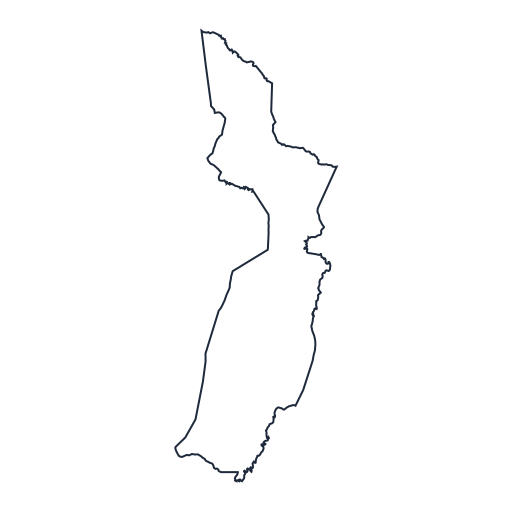 El Negrito, Yoro, Honduras (Robinson projection)
{"feature_id": "27666195B11241379941292", "entity_name": "El Negrito", "entity_type": "district", "adm_level": 2, "iso_a3": "HND", "parent_name": "Honduras", "parent_adm1": "Yoro", "projection": "robinson", "projection_center": [-87.687, 15.452], "detail": "fine", "context": "isolated", "style": "outline", "palette": "slate", "viewbox_px": 512, "rotation_deg": 0, "n_neighbors": 0, "source": "geoboundaries", "source_scale": "gbopen_adm2", "svg_char_len": 6050}
<svg xmlns="http://www.w3.org/2000/svg" viewBox="0 0 512 512"><path d="M201.5,30.7L205.7,64.7L210.9,103.3L211.0,106.0L214.2,109.5L214.8,112.9L218.7,112.3L219.8,112.6L221.5,113.8L224.0,116.9L224.8,117.5L225.3,118.9L224.6,123.2L222.6,130.2L222.0,134.6L219.3,136.5L218.9,137.1L218.7,137.8L218.3,138.1L217.2,139.3L215.3,143.9L214.7,146.3L213.7,148.5L213.1,151.3L212.4,153.4L210.3,154.8L207.4,158.1L208.3,160.8L210.3,163.4L210.9,163.9L212.5,164.5L214.1,165.4L218.8,169.7L219.4,170.6L221.0,172.1L221.0,172.6L218.9,176.7L218.8,178.1L219.2,179.8L219.4,180.2L221.0,180.7L222.8,180.8L224.5,180.4L225.6,182.2L226.5,181.7L226.8,181.8L226.7,183.5L227.3,182.9L228.5,183.8L229.0,183.9L229.2,183.7L229.1,183.4L229.2,183.1L230.0,182.9L230.2,183.1L229.6,184.1L229.8,184.5L232.0,183.8L235.0,185.7L239.5,187.0L240.3,188.3L241.7,187.8L242.6,188.3L244.1,188.5L243.6,187.6L243.8,187.1L244.5,187.5L244.8,188.7L245.5,187.9L245.3,187.1L245.6,186.8L247.8,188.0L248.0,189.5L248.5,190.1L248.8,190.0L248.6,189.0L248.8,188.8L250.8,189.4L252.3,189.2L252.3,189.8L252.9,190.3L252.3,191.6L253.3,191.5L254.0,192.2L268.5,214.6L268.8,219.6L268.4,223.1L268.7,225.6L268.5,229.4L268.6,233.4L267.9,248.3L267.7,249.8L232.8,271.1L232.6,271.5L231.0,277.0L230.9,278.8L229.9,283.7L229.7,287.5L229.0,289.4L226.5,294.9L224.6,300.4L222.4,305.1L220.8,308.1L218.7,310.8L205.5,353.6L205.6,361.4L202.9,381.6L195.5,419.4L185.3,437.5L176.1,446.4L175.3,447.5L175.6,449.3L176.5,451.7L178.5,455.3L179.3,456.2L180.1,456.6L182.2,456.9L186.5,455.0L189.3,455.3L191.9,454.0L194.9,454.5L198.0,454.4L201.1,456.3L202.9,457.9L204.6,458.8L205.8,460.7L207.0,461.4L208.3,461.8L209.4,462.6L212.2,463.6L213.1,464.9L214.1,468.0L215.5,468.9L216.8,468.6L217.4,468.8L218.4,469.8L218.6,470.9L220.2,471.8L221.2,472.1L237.8,472.1L237.8,472.8L237.2,474.7L235.5,476.8L234.9,478.3L235.3,479.3L235.0,480.4L236.1,481.2L236.6,481.3L236.6,480.9L236.8,480.6L238.7,479.9L239.0,481.2L239.3,481.3L239.6,480.8L239.5,479.7L239.8,479.5L240.4,479.7L241.3,480.9L242.0,481.2L244.2,478.1L244.2,475.2L245.3,473.6L245.3,473.3L244.9,472.5L244.0,471.5L244.0,471.2L244.6,470.7L246.4,472.2L246.9,472.0L247.4,471.5L247.5,471.0L247.0,469.3L247.3,468.7L247.7,468.5L249.8,469.9L251.1,471.6L251.4,471.8L251.7,470.9L251.6,470.0L250.4,468.4L250.3,467.6L250.8,467.3L252.3,468.0L252.8,467.8L253.0,466.8L252.6,463.4L253.9,461.6L255.1,462.9L255.6,462.7L256.0,459.3L257.1,456.9L257.4,455.8L257.7,455.6L258.7,455.8L259.6,455.2L261.3,452.4L262.6,451.1L263.4,449.1L263.6,448.2L263.4,447.1L263.1,446.6L261.6,445.5L261.5,444.5L262.2,444.2L263.9,445.1L265.3,444.3L265.5,444.0L265.3,443.8L263.7,443.1L263.6,442.6L263.8,442.0L265.4,440.8L267.6,440.5L268.1,439.1L268.9,438.2L268.4,437.0L267.5,438.0L267.1,438.0L266.9,437.6L266.5,435.2L266.5,432.1L266.0,430.9L266.0,430.4L267.0,429.2L267.6,427.4L268.9,426.1L269.7,424.1L272.3,423.2L273.3,422.0L273.6,419.4L273.3,416.8L273.8,416.6L274.7,417.2L275.0,416.7L275.1,415.7L274.5,413.9L274.5,413.0L275.1,411.0L276.0,409.1L277.4,407.8L278.4,407.4L281.8,408.4L283.4,409.5L284.2,409.6L286.7,407.6L288.9,406.3L293.1,405.1L294.6,405.2L295.5,405.7L303.2,390.0L312.6,360.9L313.7,354.9L314.9,350.5L315.4,344.6L315.2,340.7L314.3,336.1L312.3,330.9L311.3,326.1L312.0,324.1L312.7,321.0L312.9,318.5L313.8,316.1L312.9,315.6L312.8,315.2L313.1,315.0L312.5,314.6L312.3,314.0L313.2,313.4L312.8,312.3L313.8,311.2L314.5,308.8L315.4,308.4L316.2,309.1L316.8,308.8L316.7,307.5L316.1,305.2L316.3,302.5L316.1,301.3L317.6,300.3L317.6,299.8L318.1,298.4L318.2,296.7L318.0,295.2L319.4,293.7L320.5,293.0L320.8,292.5L318.8,290.1L318.5,288.4L318.2,288.1L319.5,284.9L319.5,281.9L320.0,279.9L320.6,279.2L322.3,278.0L322.7,276.4L322.2,274.7L323.0,273.1L324.7,272.8L325.6,270.8L326.2,270.4L326.9,270.4L328.6,271.0L329.5,270.4L330.0,269.1L330.4,265.5L329.9,263.2L328.9,261.9L328.5,262.0L328.3,263.2L327.9,263.7L326.9,263.8L326.2,263.3L325.6,262.2L325.5,259.6L325.2,258.6L324.7,258.3L323.9,258.9L323.0,257.7L321.6,257.1L320.9,254.0L320.6,254.0L319.8,254.8L318.9,254.9L315.9,254.2L308.3,253.0L307.3,252.6L306.8,251.5L307.3,249.4L307.2,248.8L306.5,248.5L304.7,248.9L304.3,248.7L304.8,247.6L306.7,247.0L307.1,246.2L306.9,245.6L306.1,244.5L306.8,243.6L306.8,243.0L304.8,241.1L305.4,240.8L307.6,240.6L307.9,239.3L308.5,238.3L308.5,237.1L309.8,237.9L311.0,237.1L313.5,237.0L315.1,237.2L317.9,235.4L320.2,234.9L320.9,234.1L321.3,233.1L321.1,231.0L321.3,230.4L321.8,229.5L323.4,228.1L324.0,227.0L322.0,224.2L319.5,219.3L319.0,215.3L317.5,212.1L317.6,209.1L318.3,207.1L336.7,166.6L334.6,166.9L333.0,166.7L332.5,166.5L331.8,165.5L330.9,165.2L328.0,164.9L326.5,164.3L323.5,164.6L322.7,164.3L321.5,164.6L318.6,163.7L318.2,163.2L318.1,162.6L318.6,160.2L317.3,158.7L316.9,157.2L315.4,156.1L314.5,154.7L313.7,154.2L312.9,154.7L312.5,154.6L310.5,153.3L309.9,152.0L309.6,151.7L308.1,151.5L306.9,151.6L305.8,151.3L303.6,148.5L302.8,147.8L299.4,148.2L298.2,147.7L295.3,147.2L292.8,147.4L291.0,146.6L287.7,145.9L286.1,146.2L284.0,144.3L283.3,144.4L283.0,144.7L282.7,144.5L282.3,144.7L282.3,144.3L281.1,143.9L280.0,143.2L278.1,142.4L277.2,140.7L276.2,139.2L276.1,137.8L275.4,136.6L274.6,134.3L273.7,133.3L273.4,132.0L272.8,131.4L273.2,127.0L272.9,125.0L275.5,122.1L273.8,118.8L273.2,116.6L272.3,114.8L271.2,111.6L272.1,83.3L268.5,81.2L267.3,81.2L267.0,81.0L266.6,80.2L266.7,78.7L266.0,78.2L264.8,78.4L264.4,78.1L263.8,76.0L262.6,74.7L262.5,74.1L255.8,65.9L254.9,66.2L253.4,66.0L253.0,65.7L252.9,65.3L253.0,64.3L253.6,63.2L253.3,62.5L252.9,62.0L252.2,61.7L250.5,61.4L249.6,61.9L248.7,61.9L246.9,62.4L245.7,61.6L245.0,61.6L243.5,61.0L242.0,59.7L240.5,57.5L239.7,57.1L238.7,57.2L238.2,56.8L237.7,55.7L238.3,55.3L238.3,54.7L236.2,52.5L234.5,51.4L233.9,51.7L232.8,52.7L232.4,50.6L231.7,49.5L231.3,49.6L230.6,50.5L229.7,50.3L229.1,49.1L228.0,48.1L227.4,47.2L227.0,45.6L225.8,44.6L226.3,43.3L224.9,42.8L225.5,40.9L225.0,40.1L224.8,39.1L223.6,39.2L223.1,38.3L222.2,38.6L221.7,38.5L221.4,37.4L220.9,37.0L221.1,36.1L220.9,35.6L219.3,35.9L218.9,35.5L218.7,34.8L213.3,32.3L212.2,32.4L210.0,33.3L208.3,32.1L206.9,32.6L203.9,32.2L202.9,31.8L201.5,30.7Z" fill="none" stroke="#1e293b" stroke-width="2"/></svg>